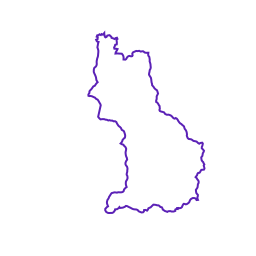 the district of São Carlos, São Paulo, Brazil, rotated 332°
{"feature_id": "56859067B32225798808960", "entity_name": "São Carlos", "entity_type": "district", "adm_level": 2, "iso_a3": "BRA", "parent_name": "Brazil", "parent_adm1": "São Paulo", "projection": "orthographic", "projection_center": [-47.873, -21.879], "detail": "fine", "context": "isolated", "style": "outline", "palette": "violet", "viewbox_px": 256, "rotation_deg": 332, "n_neighbors": 0, "source": "geoboundaries", "source_scale": "gbopen_adm2", "svg_char_len": 5321}
<svg xmlns="http://www.w3.org/2000/svg" viewBox="0 0 256 256"><g transform="rotate(332 128 128)"><path d="M108.2,81.0L108.9,81.7L109.8,82.0L111.1,83.1L112.2,84.6L113.1,85.7L113.5,87.3L114.5,88.7L114.7,90.6L114.7,92.0L114.8,94.0L114.6,95.1L106.9,104.1L107.2,105.9L107.8,107.5L109.2,108.0L110.1,108.4L111.2,109.1L112.2,110.2L113.2,110.8L114.1,112.1L115.2,112.3L116.3,113.4L117.6,114.1L118.5,115.4L119.7,115.9L120.5,117.2L120.4,118.6L120.5,120.5L120.7,121.9L121.4,123.3L121.8,124.8L121.6,126.7L122.3,127.7L122.9,129.0L122.6,130.8L122.3,132.4L121.8,133.7L120.7,135.1L119.4,135.3L118.5,135.7L117.6,136.0L116.8,136.9L115.6,137.7L114.2,138.2L114.9,139.4L116.1,140.6L116.2,141.9L116.7,143.2L116.8,144.2L116.6,145.6L115.3,147.3L114.5,148.2L113.8,149.7L113.3,151.1L113.0,152.5L113.0,153.6L112.7,154.6L112.4,155.5L110.7,156.4L109.3,157.7L108.7,159.1L108.7,160.2L109.0,161.6L108.7,163.0L108.3,164.0L107.6,164.8L107.1,165.8L106.5,166.6L105.6,167.5L104.9,168.6L104.9,170.1L104.4,171.4L103.8,172.4L102.8,173.2L101.6,173.9L100.9,174.5L100.2,175.6L99.7,176.6L99.3,178.0L99.1,179.5L97.7,179.7L96.6,180.1L95.7,180.4L94.5,181.7L93.2,182.0L91.8,181.6L90.5,180.9L89.1,180.1L87.9,179.9L87.0,179.2L85.7,178.4L84.2,178.1L83.0,177.8L81.9,178.3L80.0,179.4L79.0,179.9L78.2,180.7L77.3,181.3L76.2,181.8L75.5,182.5L74.6,183.5L74.0,184.9L73.8,186.2L73.6,187.8L72.3,187.9L70.9,188.4L70.0,188.7L69.3,189.9L69.3,191.7L69.9,192.8L70.5,193.6L71.4,194.2L72.9,194.9L74.3,195.6L75.7,195.6L76.8,195.0L77.7,194.7L78.4,193.8L80.1,194.5L82.1,194.4L83.3,193.8L83.5,194.9L86.1,195.9L88.2,196.1L89.5,195.8L90.4,196.4L91.2,197.5L92.0,198.7L92.7,199.5L93.4,200.7L94.5,202.1L95.7,203.0L97.0,203.8L98.0,204.9L98.3,206.5L99.3,207.8L100.4,209.0L101.8,209.5L102.9,209.1L103.7,208.0L105.2,208.7L106.0,209.9L107.3,209.4L108.3,208.5L109.4,208.5L110.7,208.7L112.2,208.2L114.4,207.6L115.7,208.4L116.5,209.0L117.4,209.9L118.7,210.7L119.3,212.0L119.5,213.0L120.6,213.8L120.7,215.3L120.4,216.3L121.0,217.4L121.6,218.6L122.4,219.4L123.3,220.5L124.4,220.4L125.4,220.8L126.3,221.2L127.3,222.2L128.9,223.1L129.9,223.3L130.8,223.4L131.5,222.2L132.7,222.2L133.7,222.8L133.9,221.8L134.9,222.2L136.0,223.1L137.2,223.4L138.4,223.2L139.5,222.3L140.3,221.7L141.5,221.1L142.5,221.7L143.1,222.5L144.2,222.8L146.2,222.6L147.3,222.2L148.8,220.9L150.0,220.3L152.1,220.2L153.4,220.8L154.3,221.6L154.7,222.5L154.7,223.8L156.0,224.3L156.1,223.3L156.7,221.8L157.7,220.9L158.3,219.8L158.0,218.7L157.8,217.5L158.2,216.2L158.9,214.5L160.3,213.8L161.4,213.2L162.3,212.0L163.3,210.5L164.6,209.6L165.3,208.3L165.4,207.1L165.1,206.1L165.1,204.5L164.6,203.1L165.7,202.6L166.7,202.2L167.9,201.0L168.9,200.6L170.1,201.1L171.0,200.7L172.0,200.0L173.1,199.4L174.3,199.9L175.5,200.4L176.5,199.7L176.8,198.7L177.2,196.7L178.3,196.0L178.2,194.7L178.4,193.5L178.0,192.4L177.9,191.0L178.3,189.7L178.9,188.3L180.5,187.6L181.4,186.5L182.1,185.5L183.4,184.7L184.4,183.8L184.1,182.0L183.6,180.6L184.2,179.5L185.3,178.6L186.7,177.0L186.7,175.9L185.6,175.4L184.5,175.2L183.5,175.3L182.8,174.1L182.2,172.2L181.1,171.2L179.7,170.1L179.1,168.7L178.4,167.6L177.6,167.0L176.4,166.1L176.0,165.0L176.1,163.7L176.3,162.4L177.1,161.3L177.5,160.2L177.8,159.3L178.0,158.1L178.0,156.9L177.7,155.4L177.9,154.0L178.2,153.0L177.9,152.0L177.4,151.0L177.0,149.6L176.2,148.3L175.9,147.0L175.7,145.4L175.7,144.1L175.5,142.8L174.8,141.6L173.7,141.7L173.0,141.0L172.6,140.1L172.2,138.3L171.6,136.9L170.9,136.1L170.1,135.3L168.5,134.5L167.4,133.1L167.2,131.2L166.1,130.0L165.0,129.1L164.1,127.9L164.2,126.8L165.1,126.0L165.6,124.8L166.2,123.4L166.0,122.4L166.0,120.9L165.8,119.4L165.1,118.2L165.8,116.9L166.9,115.9L167.5,114.8L168.2,113.5L169.0,112.9L170.7,111.7L170.9,110.6L171.2,109.2L171.2,108.0L170.6,107.1L170.0,105.3L169.9,103.7L169.6,102.5L169.4,101.4L169.9,100.5L170.2,98.9L170.8,97.3L171.4,95.8L171.8,94.4L171.7,93.0L171.6,91.9L171.6,90.8L172.4,89.5L173.2,88.7L173.9,87.7L174.6,86.9L175.6,86.3L176.4,85.4L176.9,84.3L177.3,83.3L177.8,82.2L178.2,80.4L178.4,79.3L179.2,78.0L179.8,76.4L180.2,75.0L179.9,73.7L180.4,72.4L181.3,71.1L179.3,70.1L178.1,69.1L177.8,68.2L177.3,67.3L176.4,66.9L175.1,66.5L174.1,65.1L172.7,64.7L171.4,63.8L168.8,63.6L167.7,63.6L166.6,64.5L166.2,66.0L165.5,66.5L164.4,66.2L163.1,65.0L162.2,64.8L161.2,64.9L160.2,65.3L158.9,66.2L157.8,66.4L156.2,65.4L157.2,63.7L157.6,62.5L157.7,61.0L157.4,59.5L156.6,59.0L154.9,58.0L153.7,57.2L151.9,56.4L152.7,55.4L154.6,54.3L155.8,53.4L154.9,52.6L153.2,51.6L153.5,50.4L154.7,49.6L155.8,48.5L157.3,48.9L158.1,47.7L158.8,46.0L159.3,44.6L160.5,44.4L160.6,43.1L159.2,42.8L157.9,43.1L157.0,41.9L155.8,40.7L156.1,39.6L155.7,38.7L155.3,37.4L154.3,37.0L153.1,36.7L151.8,37.5L150.7,37.4L150.4,36.5L150.9,35.2L151.0,34.2L151.6,33.0L149.6,33.8L148.8,32.7L147.7,33.2L146.8,31.9L145.6,32.2L144.4,31.7L143.2,32.7L143.9,33.7L142.8,35.3L141.3,35.1L141.2,36.3L141.5,37.4L142.4,38.2L141.0,39.6L140.4,40.5L139.7,41.3L138.8,42.5L138.6,43.9L138.2,45.6L137.7,46.6L137.1,47.6L136.4,48.6L135.8,49.6L135.0,50.7L134.3,51.4L133.6,52.0L132.9,52.8L131.7,54.3L130.9,55.8L130.5,56.8L129.6,57.9L128.6,58.6L127.3,58.9L126.3,59.2L125.3,60.3L124.1,62.4L123.9,64.0L123.8,66.3L123.5,68.3L122.6,70.8L122.6,72.2L122.7,73.3L121.3,73.7L120.0,74.3L118.6,75.1L116.9,75.0L115.5,75.7L114.6,76.2L113.6,76.6L111.7,77.2L110.9,77.9L110.4,78.9L109.6,79.3L108.7,79.9L108.2,81.0Z" fill="none" stroke="#5b21b6" stroke-width="2"/></g></svg>